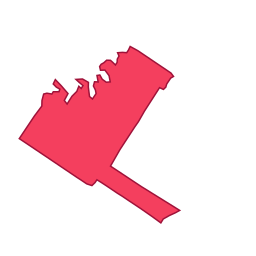 Ubiretama, Rio Grande do Sul, Brazil, rotated 124°
{"feature_id": "56859067B41262426681364", "entity_name": "Ubiretama", "entity_type": "district", "adm_level": 2, "iso_a3": "BRA", "parent_name": "Brazil", "parent_adm1": "Rio Grande do Sul", "projection": "natural_earth1", "projection_center": [-54.665, -28.017], "detail": "fine", "context": "isolated", "style": "filled", "palette": "rose", "viewbox_px": 256, "rotation_deg": 124, "n_neighbors": 0, "source": "geoboundaries", "source_scale": "gbopen_adm2", "svg_char_len": 1397}
<svg xmlns="http://www.w3.org/2000/svg" viewBox="0 0 256 256"><g transform="rotate(124 128 128)"><path d="M59.2,171.8L63.2,171.2L66.3,171.2L68.4,174.9L71.4,178.7L73.4,175.7L76.9,175.4L79.7,173.7L82.8,173.7L82.1,177.4L81.7,180.4L83.7,183.6L87.4,184.5L90.2,185.9L92.9,185.9L95.5,183.1L92.9,179.5L95.2,173.0L99.7,168.5L102.2,171.6L102.0,176.6L99.8,181.0L101.8,183.1L106.5,178.5L108.4,181.6L112.5,180.2L114.7,176.3L117.3,173.7L123.8,173.7L123.4,177.5L120.8,179.8L116.2,183.8L112.3,186.3L112.8,193.1L116.8,198.3L117.5,193.8L118.0,189.0L121.4,188.9L120.9,192.1L126.3,190.9L133.0,192.2L142.2,191.9L140.8,196.2L133.0,197.0L130.3,207.0L128.5,215.3L133.3,214.6L134.2,210.3L133.9,206.2L136.5,205.5L139.7,210.2L142.4,210.1L144.5,214.7L147.0,216.9L153.3,214.7L158.0,211.7L170.3,212.3L197.6,212.2L197.5,180.7L197.5,174.3L197.5,169.4L197.5,162.0L197.5,156.1L197.5,148.6L197.5,142.5L197.4,138.5L197.4,134.6L197.4,131.0L195.9,125.7L191.7,124.8L188.3,124.8L188.1,120.0L188.0,113.7L188.0,100.5L187.8,94.9L187.8,86.6L187.7,72.5L187.9,58.8L188.3,47.7L183.7,47.9L177.5,44.8L171.6,41.2L167.4,39.1L169.1,84.0L169.4,121.2L150.6,122.6L123.3,123.0L117.2,122.9L114.0,123.1L104.7,123.8L76.9,124.4L76.2,120.2L73.0,119.5L69.9,120.5L66.4,120.5L62.8,120.5L59.8,119.1L58.4,123.1L58.4,127.1L58.4,130.3L58.4,139.9L58.4,146.1L58.4,154.6L58.4,158.6L58.4,162.9L59.2,171.8Z" fill="#f43f5e" stroke="#9f1239" stroke-width="1.5"/></g></svg>